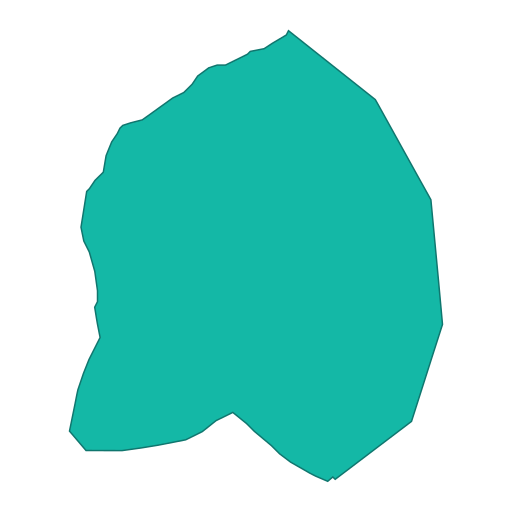 the district of Tanta 2, Al Gharbiyah, Egypt
{"feature_id": "37247803B26296956455174", "entity_name": "Tanta 2", "entity_type": "district", "adm_level": 2, "iso_a3": "EGY", "parent_name": "Egypt", "parent_adm1": "Al Gharbiyah", "projection": "mercator", "projection_center": [30.983, 30.786], "detail": "fine", "context": "isolated", "style": "filled", "palette": "teal", "viewbox_px": 512, "rotation_deg": 0, "n_neighbors": 0, "source": "geoboundaries", "source_scale": "gbopen_adm2", "svg_char_len": 973}
<svg xmlns="http://www.w3.org/2000/svg" viewBox="0 0 512 512"><path d="M327.7,481.3L332.8,477.0L335.2,479.3L411.5,421.4L432.6,355.2L442.5,324.4L438.5,280.7L430.9,199.8L429.2,196.7L418.4,177.3L379.3,106.7L375.3,99.6L288.5,30.7L287.9,31.9L286.3,35.0L272.5,43.2L264.1,48.7L250.3,51.4L247.5,54.2L225.4,65.1L217.1,65.1L208.8,67.8L197.7,76.0L192.1,84.3L183.8,92.5L172.7,98.0L147.7,116.0L142.2,119.9L131.1,122.7L122.8,125.4L120.0,128.1L117.3,133.6L111.7,141.9L107.5,152.2L106.1,155.7L103.3,172.2L95.0,180.4L89.4,188.7L86.7,191.4L82.5,217.8L81.0,227.2L83.8,241.0L89.3,252.0L94.8,271.4L97.5,290.7L97.5,301.7L94.7,307.2L96.5,318.4L97.4,323.7L100.1,337.5L89.0,359.5L83.5,373.3L77.9,389.8L76.8,394.9L75.1,403.6L69.5,431.1L86.0,450.5L122.0,450.6L141.4,447.9L158.0,445.2L185.7,439.8L202.3,431.6L216.1,420.6L232.8,412.4L246.5,423.5L253.8,430.8L254.3,431.3L271.4,445.6L279.7,453.9L290.7,462.2L310.1,473.3L315.6,476.1L327.7,481.3Z" fill="#14b8a6" stroke="#0f766e" stroke-width="1.5"/></svg>